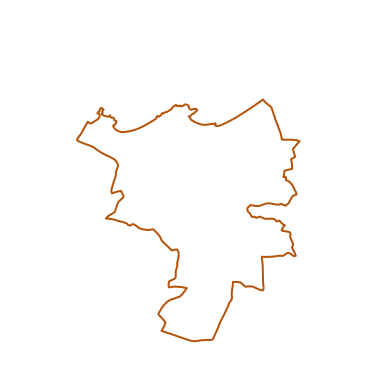 outline of Hoang Mai, Nghệ An, Vietnam, rotated 228°
{"feature_id": "81297802B46675680885513", "entity_name": "Hoang Mai", "entity_type": "district", "adm_level": 2, "iso_a3": "VNM", "parent_name": "Vietnam", "parent_adm1": "Nghệ An", "projection": "mercator", "projection_center": [105.717, 19.266], "detail": "fine", "context": "isolated", "style": "outline", "palette": "amber", "viewbox_px": 384, "rotation_deg": 228, "n_neighbors": 0, "source": "geoboundaries", "source_scale": "gbopen_adm2", "svg_char_len": 6052}
<svg xmlns="http://www.w3.org/2000/svg" viewBox="0 0 384 384"><g transform="rotate(228 192 192)"><path d="M313.9,161.3L313.0,158.9L312.1,156.0L310.8,152.1L310.1,150.5L309.3,147.3L308.8,144.6L308.2,142.5L307.6,141.4L307.3,141.3L306.6,141.3L305.8,141.6L301.6,143.5L293.3,147.9L290.7,148.9L289.6,149.1L287.5,149.5L282.4,150.8L277.3,152.6L274.5,153.9L269.0,155.9L268.3,156.1L267.1,156.2L266.0,156.2L265.2,156.1L263.0,155.7L262.1,155.3L261.1,154.5L260.0,153.2L258.1,149.4L257.6,148.7L257.2,148.3L255.4,146.6L254.6,145.5L252.3,141.2L250.1,137.6L247.2,133.1L246.5,132.6L246.0,132.4L245.2,132.0L244.5,131.7L242.6,136.2L240.7,139.2L240.2,140.0L237.4,139.2L234.8,138.3L234.3,138.0L234.1,137.7L234.0,137.0L234.0,131.9L233.9,130.7L233.5,129.5L230.3,123.9L229.4,122.1L228.9,121.1L228.9,120.3L230.2,113.4L230.2,111.7L229.8,110.6L225.3,114.4L222.5,116.3L220.0,117.7L219.3,118.2L218.5,118.7L217.1,119.8L212.5,122.5L210.4,122.5L209.7,122.8L208.9,123.2L208.5,123.6L208.3,123.9L208.2,124.6L208.2,125.5L208.0,126.0L207.7,126.3L207.3,126.8L206.7,127.3L204.3,127.9L201.0,128.4L200.0,128.7L199.3,129.1L198.5,129.6L196.6,130.9L194.7,132.5L192.6,134.6L190.9,137.3L190.5,137.9L190.0,138.2L189.3,138.4L182.2,138.5L179.1,138.0L176.6,137.1L173.9,137.0L173.5,137.1L168.8,137.5L164.8,137.8L162.9,137.6L162.6,137.6L161.5,138.9L159.9,141.9L159.5,142.2L158.8,142.3L157.2,142.0L156.0,141.5L153.9,139.8L151.6,137.1L149.6,134.0L147.7,132.3L146.8,131.4L146.2,130.7L145.2,128.6L143.3,126.2L140.6,123.8L139.9,123.2L139.4,122.3L139.2,121.7L139.2,120.9L139.9,118.8L140.9,115.4L140.7,114.9L138.8,112.5L137.0,111.2L136.7,111.2L136.1,111.5L134.0,115.0L131.2,117.9L128.1,120.8L125.1,123.1L124.2,123.6L123.3,121.0L122.7,117.4L122.4,113.4L122.8,112.2L125.1,106.6L125.9,104.9L126.4,103.6L127.0,100.7L127.0,98.5L126.5,93.9L125.9,91.2L124.9,88.2L124.1,85.7L123.8,85.4L123.5,85.3L123.0,85.2L115.7,85.2L113.0,85.0L112.5,84.5L111.7,83.2L110.6,80.6L109.1,76.5L104.8,78.9L96.7,83.5L92.4,85.8L82.4,91.5L80.1,93.4L79.6,93.9L79.2,94.4L78.4,95.3L76.1,99.1L73.5,102.3L69.5,107.0L68.7,108.4L68.7,108.6L68.7,109.2L68.9,109.6L71.1,114.7L74.2,121.6L76.0,125.0L77.4,128.4L79.0,132.8L80.0,135.1L82.1,140.0L82.9,142.2L84.7,145.5L84.9,146.2L85.0,147.1L85.6,149.6L87.5,151.8L88.9,152.6L90.3,153.8L91.2,155.1L92.8,156.6L94.6,159.0L97.7,162.3L95.1,165.2L92.3,167.6L92.2,167.6L86.3,168.2L85.8,168.5L85.5,168.8L84.5,170.3L81.2,173.8L75.3,176.3L72.7,177.6L72.3,177.9L71.9,178.4L71.7,178.7L71.7,179.1L71.7,179.5L72.0,179.8L72.6,180.9L76.3,183.6L78.3,185.2L81.0,187.6L90.3,195.5L95.6,199.3L97.1,200.6L95.0,202.7L91.7,206.5L90.3,208.3L88.2,211.2L86.7,213.6L85.7,214.8L84.2,216.3L83.7,216.9L83.7,217.1L83.4,218.6L83.0,221.5L82.7,222.1L82.3,222.7L81.7,223.2L81.3,223.5L80.6,223.9L76.9,224.5L76.3,224.7L75.9,225.0L75.5,225.6L75.3,226.5L77.7,227.5L83.8,229.1L84.8,231.3L85.6,232.1L86.0,232.4L86.8,232.7L92.5,234.7L93.2,235.0L94.5,236.9L95.1,237.3L96.3,237.7L96.6,237.7L96.9,237.6L97.9,237.0L102.8,233.2L103.2,233.0L103.7,233.1L104.7,235.7L104.8,236.7L105.2,237.0L105.2,238.6L107.5,237.9L111.4,237.8L112.6,237.5L113.0,235.9L113.7,235.2L116.6,235.2L119.0,233.2L121.8,229.9L122.9,228.7L125.9,227.0L128.1,226.0L128.9,225.0L129.7,222.5L131.5,221.9L132.2,221.5L133.1,220.1L134.1,219.9L135.0,220.2L136.9,220.7L139.1,220.6L140.2,220.5L140.9,220.8L141.6,221.3L141.9,221.5L142.8,222.0L143.0,222.8L143.0,223.7L143.1,226.8L139.1,229.8L137.3,231.8L136.4,233.1L134.0,239.1L133.4,239.9L131.5,242.3L125.5,246.9L124.3,248.7L123.8,250.0L119.2,252.4L119.0,256.3L120.4,260.1L121.1,262.3L121.5,263.7L121.2,265.7L120.2,267.9L122.3,269.2L124.7,269.6L126.7,270.5L130.8,271.3L134.0,271.3L136.6,270.5L137.8,269.8L140.1,271.7L141.9,270.1L145.9,275.1L142.2,281.9L144.7,284.1L148.7,286.8L150.1,287.6L149.1,292.3L155.4,295.1L156.3,296.0L156.6,297.2L156.9,299.0L157.7,305.7L160.6,304.4L163.7,301.5L170.6,294.0L171.5,294.3L176.0,297.0L180.7,298.8L185.9,301.0L186.7,301.1L189.8,302.4L200.8,307.2L201.8,307.5L203.6,307.5L208.8,306.6L213.2,306.5L214.8,293.3L215.7,287.3L218.1,273.4L220.4,264.3L222.2,258.4L222.7,257.3L223.4,255.9L224.4,254.7L224.9,254.1L225.4,253.9L225.8,253.8L226.3,254.0L226.5,254.5L226.7,255.0L226.9,255.3L227.4,255.3L227.7,255.0L227.8,254.3L228.1,253.7L229.0,252.8L229.9,251.4L232.8,247.1L235.3,244.6L237.2,243.3L240.0,241.9L242.2,240.8L243.9,240.5L245.3,239.9L246.3,239.7L250.2,240.3L249.7,241.4L249.7,242.4L249.7,243.4L249.7,244.1L249.3,245.5L249.2,246.8L249.3,249.1L249.2,249.9L249.3,250.5L249.8,250.8L251.0,250.6L251.9,249.8L252.8,248.3L253.4,246.8L253.9,246.2L255.5,245.8L256.3,246.0L257.4,246.7L258.4,247.0L259.4,246.8L260.6,246.4L261.3,246.0L261.7,245.3L261.9,244.0L262.2,242.6L262.8,241.2L263.2,240.9L263.6,240.8L264.1,241.0L264.3,240.7L264.9,239.6L265.4,238.9L265.8,238.5L266.4,238.3L266.9,238.6L267.4,238.5L267.6,238.0L267.6,237.0L267.8,236.2L268.0,235.2L267.7,234.3L267.5,232.8L267.4,231.5L268.2,227.2L268.7,226.4L269.1,225.7L269.3,224.8L269.3,223.9L269.5,223.3L270.2,223.0L270.5,222.7L270.5,222.2L270.3,221.5L269.8,220.7L269.8,219.8L270.0,218.1L270.3,217.6L271.1,217.5L271.6,217.1L271.6,216.6L271.5,215.9L270.9,215.2L270.5,214.2L271.8,207.5L273.2,200.7L275.1,194.5L276.3,191.5L278.1,187.6L281.4,182.4L282.7,180.7L284.6,179.0L286.5,178.0L288.0,177.4L289.7,177.0L291.2,177.0L293.3,177.4L293.8,177.7L294.1,178.1L294.0,178.7L293.7,179.7L293.7,180.2L294.0,180.8L294.0,181.3L294.1,182.0L295.0,182.7L295.8,183.1L296.1,182.9L296.5,182.6L297.3,182.5L298.5,183.2L299.3,183.4L299.8,183.3L300.3,182.9L300.7,182.2L301.2,181.9L302.2,181.8L302.8,181.9L303.3,182.2L303.7,182.3L303.8,181.9L303.8,181.2L303.7,180.7L304.0,180.2L305.6,178.9L307.7,177.6L308.8,177.2L309.7,177.1L310.4,177.2L310.5,177.5L310.5,178.1L310.6,178.5L311.5,178.8L311.8,179.2L312.3,180.8L312.4,181.3L312.9,181.3L313.7,181.0L314.9,181.1L315.3,180.7L315.2,179.7L315.0,178.5L314.4,178.1L314.0,177.2L314.1,176.3L314.2,175.4L314.0,174.8L313.6,174.4L313.1,174.8L312.6,175.3L312.1,175.4L311.2,175.1L310.3,174.3L309.6,173.1L309.2,171.7L309.2,170.1L310.0,165.2L310.4,163.5L310.6,162.8L311.1,162.2L312.0,161.9L313.3,161.8L313.9,161.3Z" fill="none" stroke="#b45309" stroke-width="2"/></g></svg>